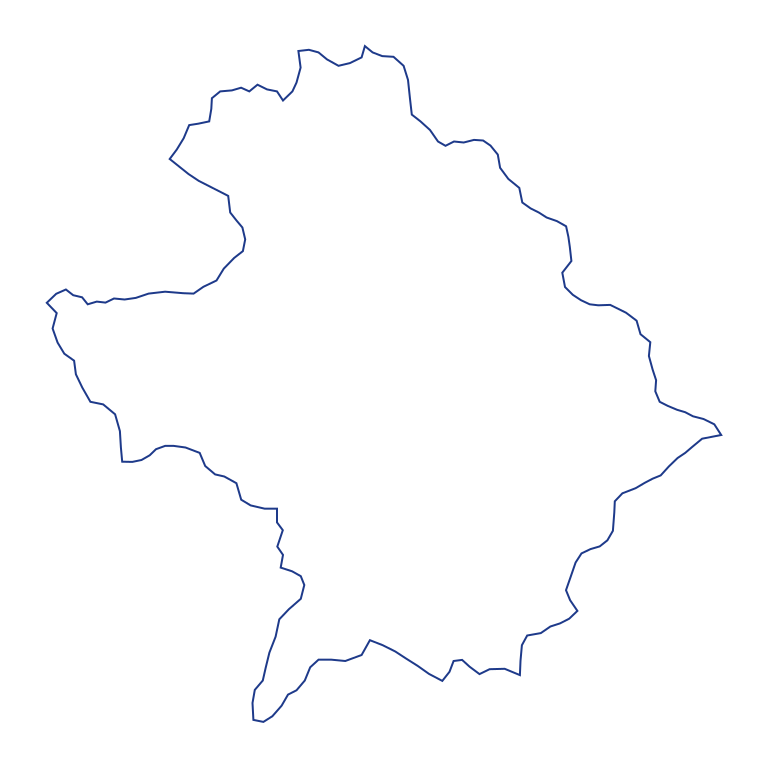 Pouso Alto, Minas Gerais, Brazil
{"feature_id": "56859067B83789258057197", "entity_name": "Pouso Alto", "entity_type": "district", "adm_level": 2, "iso_a3": "BRA", "parent_name": "Brazil", "parent_adm1": "Minas Gerais", "projection": "robinson", "projection_center": [-44.938, -22.177], "detail": "fine", "context": "isolated", "style": "outline", "palette": "blue", "viewbox_px": 768, "rotation_deg": 0, "n_neighbors": 0, "source": "geoboundaries", "source_scale": "gbopen_adm2", "svg_char_len": 2594}
<svg xmlns="http://www.w3.org/2000/svg" viewBox="0 0 768 768"><path d="M403.6,65.8L393.5,56.8L382.2,56.1L372.6,52.4L364.9,46.1L361.6,57.4L349.9,63.1L338.5,65.8L327.0,59.4L318.5,52.4L308.9,49.8L298.4,51.0L300.6,67.6L296.5,82.6L292.4,91.4L283.0,100.5L277.0,91.4L267.0,89.4L257.5,84.7L249.3,91.4L241.1,87.7L231.9,90.4L220.2,91.4L211.9,98.2L211.3,108.9L209.2,121.4L198.2,123.7L189.2,125.1L183.7,138.2L176.8,149.5L169.7,159.0L188.6,174.1L198.8,180.9L228.2,195.9L230.2,212.5L236.5,220.5L242.4,227.5L245.2,239.4L242.9,251.1L234.2,257.9L223.8,268.6L216.5,280.5L203.4,286.8L193.6,293.6L183.2,293.2L165.1,291.7L148.6,293.6L135.8,297.9L124.6,299.5L114.0,298.5L105.5,302.6L96.8,301.6L87.7,304.3L82.1,297.3L73.2,295.2L65.9,289.5L56.2,293.8L46.8,302.8L56.7,313.1L52.6,328.5L57.6,342.6L64.3,353.7L74.1,360.7L75.9,374.3L82.3,387.6L90.4,401.8L103.2,404.4L115.1,414.3L119.9,431.1L120.9,447.5L122.2,461.7L132.3,461.9L141.5,460.0L149.7,455.3L156.0,449.2L165.1,445.9L173.8,445.9L185.5,447.5L199.7,452.9L205.2,466.0L215.1,474.4L224.3,476.5L236.4,483.2L241.2,499.7L250.6,505.4L264.8,508.7L277.0,508.7L277.0,522.4L282.8,530.2L277.3,546.6L283.0,554.9L280.7,567.6L292.1,571.3L300.8,576.2L304.3,585.0L300.8,598.8L288.9,609.2L279.3,619.3L275.6,636.7L269.4,652.6L265.7,667.7L262.8,680.5L254.8,689.9L252.5,703.0L253.4,719.9L263.4,721.9L272.4,716.2L281.6,705.7L288.0,694.6L296.5,690.3L304.8,680.5L310.2,667.3L318.5,659.7L331.6,659.7L345.3,661.0L361.6,655.0L369.9,640.2L382.7,645.2L395.3,651.5L405.7,658.3L418.0,666.1L429.0,673.9L442.3,680.9L449.5,671.8L453.6,661.0L462.1,659.9L469.6,666.7L479.5,674.1L489.6,669.2L504.7,668.8L519.9,675.1L520.5,660.8L521.9,645.2L527.2,635.5L540.8,633.1L550.4,626.5L560.0,623.4L569.2,618.7L577.4,610.9L570.1,600.2L566.0,590.2L570.6,577.0L575.6,562.5L581.5,553.4L590.5,549.1L599.7,546.4L607.4,540.3L612.9,530.8L614.3,512.4L614.8,501.3L622.4,493.3L635.6,488.2L644.8,482.8L652.6,478.7L660.7,475.4L668.9,466.4L677.6,458.0L685.2,452.9L692.0,447.1L702.1,438.7L721.2,435.0L714.3,424.3L703.5,419.0L693.0,416.3L685.2,412.2L677.1,409.8L667.8,405.9L659.7,401.8L655.3,391.3L656.1,380.2L652.6,369.5L648.9,356.0L650.3,342.2L640.5,334.2L636.6,320.7L626.0,312.7L610.2,304.9L598.3,305.3L589.7,304.3L581.0,300.2L572.8,294.8L565.0,287.0L562.3,272.7L571.4,261.0L569.8,246.8L568.4,236.9L566.1,226.3L556.9,221.1L546.6,217.5L538.8,212.5L530.6,208.4L522.3,202.5L519.3,187.9L508.3,178.9L500.1,167.8L497.8,154.6L490.5,145.6L483.1,140.5L474.0,139.9L463.7,142.5L454.0,141.5L445.5,145.8L438.0,141.5L430.0,130.0L420.5,121.4L411.8,114.6L410.0,98.8L408.0,79.9L403.6,65.8Z" fill="none" stroke="#1e3a8a" stroke-width="2"/></svg>